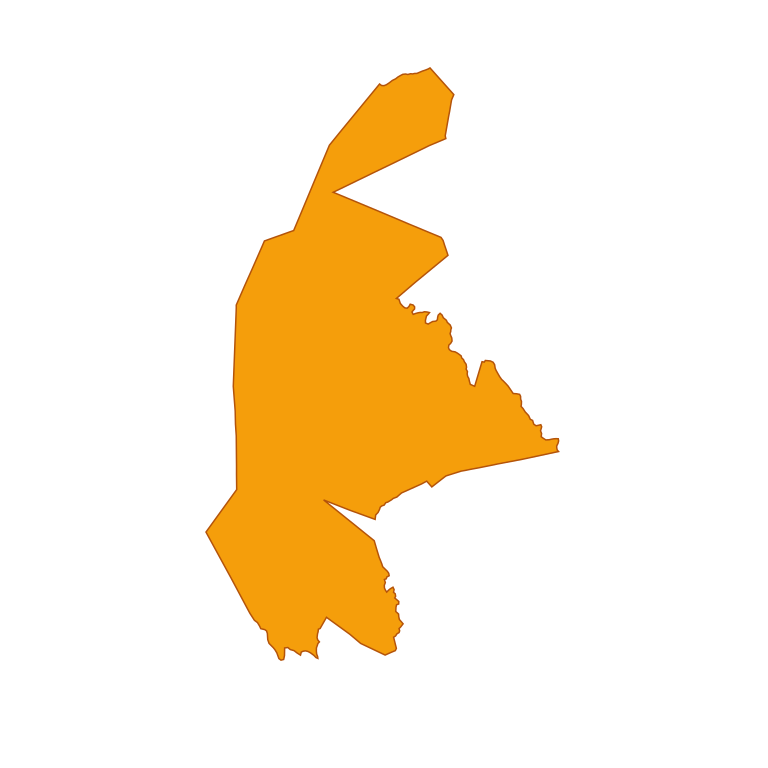 outline of Granja, Ceará, Brazil, rotated 305°
{"feature_id": "56859067B39466543976812", "entity_name": "Granja", "entity_type": "district", "adm_level": 2, "iso_a3": "BRA", "parent_name": "Brazil", "parent_adm1": "Ceará", "projection": "natural_earth1", "projection_center": [-40.989, -3.264], "detail": "fine", "context": "isolated", "style": "filled", "palette": "amber", "viewbox_px": 768, "rotation_deg": 305, "n_neighbors": 0, "source": "geoboundaries", "source_scale": "gbopen_adm2", "svg_char_len": 3949}
<svg xmlns="http://www.w3.org/2000/svg" viewBox="0 0 768 768"><g transform="rotate(305 384 384)"><path d="M172.1,546.2L174.5,545.8L182.1,537.1L184.2,538.0L186.8,537.9L189.0,538.9L190.8,538.4L192.3,536.6L194.4,537.0L198.5,537.2L199.2,534.6L199.9,531.7L201.8,529.6L203.9,527.9L204.4,524.1L208.1,521.8L210.4,520.9L212.2,522.2L214.3,520.9L214.9,515.5L216.8,515.3L218.6,513.5L218.8,511.3L221.4,510.2L222.7,507.9L219.9,506.6L217.8,506.0L215.1,505.6L216.0,503.3L217.2,501.3L219.3,499.7L222.1,499.0L224.1,496.4L225.7,497.6L227.5,497.0L229.9,498.2L231.6,496.5L232.5,494.2L233.0,491.1L233.6,487.7L235.3,485.5L237.3,482.5L239.2,479.5L245.0,472.1L250.0,465.9L252.6,427.8L254.4,401.0L261.0,428.4L268.0,454.4L269.7,453.5L272.0,452.3L275.4,452.8L278.6,452.3L280.8,451.6L282.7,452.0L284.9,453.6L287.8,453.5L289.4,454.8L293.5,456.6L295.6,457.2L298.8,459.4L301.8,460.1L304.9,460.9L323.7,472.1L328.9,474.7L327.1,482.2L342.5,486.9L344.4,487.6L356.8,497.1L359.9,500.2L363.4,503.5L369.8,509.8L380.9,520.4L383.2,522.5L402.0,540.8L428.8,565.7L429.3,563.7L430.7,562.2L432.3,561.0L435.1,560.6L437.5,559.7L439.1,558.2L438.0,556.4L436.4,554.4L435.0,553.0L433.0,551.2L431.0,548.6L430.9,545.5L431.0,543.0L433.8,541.5L435.4,539.1L437.4,538.4L439.4,537.7L440.6,535.8L439.0,534.4L437.0,532.5L437.0,529.7L438.3,528.0L439.4,526.6L439.0,524.1L441.1,520.5L441.7,517.7L442.1,515.7L443.6,512.1L444.3,509.1L446.0,508.3L448.6,506.6L449.9,504.7L452.3,502.9L453.3,501.0L452.0,498.1L450.3,495.3L451.0,493.4L453.5,486.8L454.2,483.7L454.9,480.0L455.2,477.7L456.4,474.4L458.0,471.0L459.5,467.9L460.7,466.0L463.3,463.5L464.4,460.9L463.9,457.9L461.4,453.5L459.5,453.6L458.5,451.5L434.1,459.6L433.2,454.9L435.4,452.2L437.2,450.3L438.2,448.2L439.9,446.4L442.1,445.2L443.3,442.7L445.1,442.0L447.3,439.9L448.3,437.1L449.6,435.1L449.9,432.8L451.3,431.0L451.4,428.6L451.4,426.3L451.1,423.7L449.6,420.7L449.6,417.9L450.6,416.1L453.0,414.8L455.5,415.3L458.2,415.1L460.6,413.1L462.0,410.8L463.2,409.2L465.2,408.6L466.8,407.6L468.6,407.1L470.3,404.4L470.8,400.5L472.0,398.5L472.3,394.6L473.8,392.0L474.1,389.4L471.5,388.9L469.6,389.6L467.2,390.9L465.2,390.4L463.1,388.0L460.5,386.7L458.4,385.8L457.8,383.0L459.8,381.5L462.2,380.5L464.1,379.8L466.7,380.2L468.6,380.3L467.7,378.0L466.3,375.6L464.6,374.4L463.3,372.5L461.8,371.0L460.0,369.5L457.8,368.0L459.0,365.6L460.8,365.7L463.0,366.0L464.8,364.8L465.4,362.5L464.4,359.7L461.8,360.0L459.4,359.5L458.3,357.4L458.5,354.6L459.4,351.1L460.5,349.6L462.0,347.6L461.2,345.1L485.3,351.3L526.1,362.6L528.2,359.8L532.6,353.8L534.0,352.0L535.5,350.0L536.8,346.6L534.2,334.8L529.2,312.1L524.4,289.5L515.0,246.5L511.9,232.4L551.1,254.2L574.9,267.5L605.2,284.3L620.5,293.9L622.4,291.8L625.4,290.4L640.6,283.3L644.7,281.5L652.9,277.6L655.5,276.4L661.1,275.2L669.3,240.4L667.4,239.5L664.8,237.8L662.4,236.0L660.0,234.5L657.3,232.8L655.8,230.8L654.4,229.6L653.4,227.8L651.2,226.0L650.3,223.9L648.5,221.8L646.0,220.5L643.4,219.3L640.7,218.5L637.4,216.7L633.8,215.6L630.5,214.3L628.4,212.9L627.1,210.8L627.2,208.3L565.3,203.5L548.3,202.3L510.2,210.6L496.5,213.6L476.4,218.0L457.9,222.0L455.3,220.1L432.6,204.0L427.3,205.1L402.8,210.0L385.6,213.3L363.9,217.7L362.1,219.0L358.9,221.1L295.6,261.9L276.5,277.6L266.0,285.3L256.8,292.7L232.0,310.4L225.4,315.0L213.0,323.9L160.6,323.1L137.3,370.1L121.3,401.6L119.2,405.8L116.1,413.4L116.0,417.2L114.3,421.0L112.9,423.4L114.4,427.2L114.4,429.3L112.8,431.5L107.9,435.4L105.6,438.6L104.5,444.6L103.8,447.0L102.3,450.4L98.8,455.4L98.7,458.0L100.8,459.8L104.4,458.3L110.8,454.0L113.0,456.4L112.7,459.5L114.0,463.3L113.8,466.8L114.0,471.1L117.0,470.0L118.8,471.1L120.4,472.8L121.3,475.2L121.6,477.9L121.5,482.2L120.9,485.2L121.3,487.2L122.8,485.8L124.1,483.8L126.4,481.8L129.1,480.0L131.7,479.3L133.5,478.7L135.7,479.0L136.4,476.4L137.9,474.6L139.6,473.7L141.3,472.8L143.1,472.2L145.5,470.9L147.1,471.9L159.9,470.7L159.4,499.5L158.1,513.7L162.6,540.4L168.3,543.8L172.1,546.2Z" fill="#f59e0b" stroke="#b45309" stroke-width="1.5"/></g></svg>